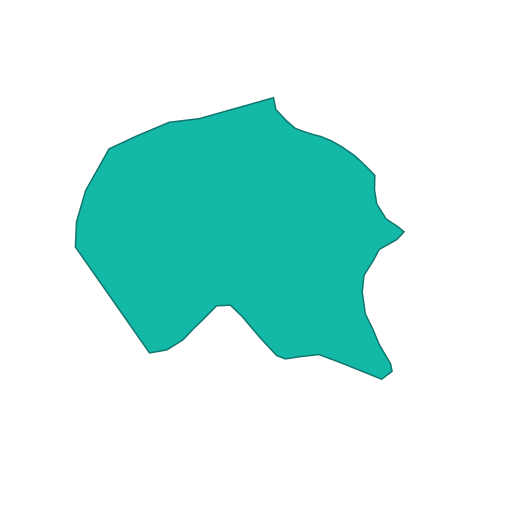 outline of Buk-gu, Ulsan, South Korea, rotated 323°
{"feature_id": "91817680B63178832268751", "entity_name": "Buk-gu", "entity_type": "district", "adm_level": 2, "iso_a3": "KOR", "parent_name": "South Korea", "parent_adm1": "Ulsan", "projection": "equal_earth", "projection_center": [129.393, 35.595], "detail": "fine", "context": "isolated", "style": "filled", "palette": "teal", "viewbox_px": 512, "rotation_deg": 323, "n_neighbors": 0, "source": "geoboundaries", "source_scale": "gbopen_adm2", "svg_char_len": 816}
<svg xmlns="http://www.w3.org/2000/svg" viewBox="0 0 512 512"><g transform="rotate(323 256 256)"><path d="M117.2,140.1L112.7,267.8L112.6,269.3L128.2,277.3L147.0,279.0L162.6,276.4L177.3,274.6L194.5,272.0L206.0,279.9L208.5,295.8L210.1,324.0L212.6,347.9L217.5,355.8L219.4,356.9L221.1,357.8L230.6,362.9L247.0,372.6L259.3,392.0L282.2,430.0L288.0,430.0L295.3,430.0L298.6,423.0L301.1,400.9L305.2,385.0L308.4,368.2L319.1,348.8L330.6,336.4L347.0,330.2L358.4,324.9L378.1,327.6L388.8,325.8L387.1,318.7L382.2,304.6L383.8,287.0L390.4,274.6L399.4,263.1L397.7,249.9L395.3,235.8L390.4,220.8L385.4,209.3L379.7,199.6L374.8,193.5L369.1,185.5L364.1,177.6L361.7,166.1L360.0,151.1L365.2,140.1L293.2,112.1L267.2,97.0L233.2,88.4L203.2,82.0L159.2,101.3L133.2,120.7L117.2,140.1Z" fill="#14b8a6" stroke="#0f766e" stroke-width="1.5"/></g></svg>